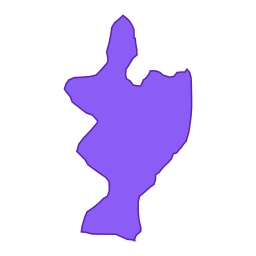 Goygol District, Xanlar, Azerbaijan
{"feature_id": "54616110B13615645655589", "entity_name": "Goygol District", "entity_type": "district", "adm_level": 2, "iso_a3": "AZE", "parent_name": "Azerbaijan", "parent_adm1": "Xanlar", "projection": "equal_earth", "projection_center": [46.326, 40.553], "detail": "fine", "context": "isolated", "style": "filled", "palette": "violet", "viewbox_px": 256, "rotation_deg": 0, "n_neighbors": 0, "source": "geoboundaries", "source_scale": "gbopen_adm2", "svg_char_len": 1711}
<svg xmlns="http://www.w3.org/2000/svg" viewBox="0 0 256 256"><path d="M137.0,54.9L136.9,52.9L136.7,49.2L135.9,44.7L135.5,41.5L135.2,38.3L134.1,38.1L133.9,29.3L131.9,25.1L130.0,21.8L127.3,18.9L123.9,16.1L123.0,15.4L120.4,17.9L114.4,23.0L111.8,27.6L110.6,35.8L109.1,43.2L106.7,51.7L107.1,53.9L108.0,59.4L107.4,62.7L103.4,67.3L99.1,72.1L96.0,75.1L90.9,76.4L86.5,76.9L79.9,77.3L74.4,77.6L69.1,79.8L66.2,83.5L64.4,88.9L64.5,89.1L67.1,92.9L70.4,96.9L72.2,102.0L86.3,112.9L92.4,115.1L97.4,120.5L97.4,122.7L90.8,130.4L83.5,138.1L78.9,144.1L76.8,151.4L85.1,159.7L88.1,164.9L99.6,173.2L105.7,177.3L108.9,181.1L109.3,185.8L109.3,190.8L107.5,196.1L103.2,198.7L99.0,203.0L93.7,207.3L87.1,211.9L84.9,216.8L82.2,226.1L81.3,231.9L81.6,232.0L85.5,232.2L91.9,233.9L96.2,234.1L103.0,234.1L109.1,234.2L110.1,234.2L115.9,234.2L118.2,235.3L120.0,236.1L124.2,237.9L125.5,238.5L127.5,239.4L133.2,239.9L134.3,240.6L134.2,240.6L135.2,237.7L136.4,234.9L139.4,232.6L140.8,231.0L140.8,227.5L139.0,220.2L138.2,212.8L138.2,207.1L138.2,201.8L139.6,196.2L142.6,193.7L148.1,188.9L150.8,186.5L153.9,184.5L155.5,179.6L155.6,174.8L159.1,172.4L161.3,169.6L164.3,166.1L167.8,162.8L169.0,161.7L171.4,158.9L173.2,153.9L176.6,152.8L179.2,149.7L181.3,147.4L183.0,144.9L185.2,142.1L186.1,141.2L188.8,132.1L189.9,124.7L190.9,117.4L191.6,107.4L191.6,97.3L191.4,88.8L191.4,85.6L191.0,77.6L189.7,72.4L186.9,69.2L185.0,72.1L182.1,72.0L177.1,72.4L174.0,76.4L169.8,77.2L163.4,75.3L159.7,72.3L155.7,70.9L150.2,70.9L148.9,74.2L145.6,78.5L143.5,79.7L141.9,83.7L141.5,84.2L140.1,86.2L137.7,85.9L136.5,85.7L133.0,85.1L130.5,81.3L126.5,78.7L125.5,74.4L126.1,69.1L128.3,66.0L131.3,61.0L133.2,58.0L137.0,54.9Z" fill="#8b5cf6" stroke="#5b21b6" stroke-width="1.5"/></svg>